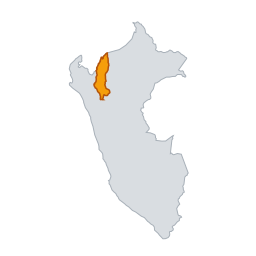 Amazonas highlighted on a map of Peru, rotated 6°
{"feature_id": "PER-584", "entity_name": "Amazonas", "entity_type": "Department", "adm_level": 1, "iso_a3": "PER", "parent_name": "Peru", "parent_adm1": "", "projection": "robinson", "projection_center": [-78.131, -4.99], "detail": "fine", "context": "in_parent", "style": "filled", "palette": "amber", "viewbox_px": 256, "rotation_deg": 6, "n_neighbors": 0, "source": "natural_earth", "source_scale": "10m", "svg_char_len": 6373}
<svg xmlns="http://www.w3.org/2000/svg" viewBox="0 0 256 256"><g transform="rotate(6 128 128)"><path d="M180.1,70.3L180.0,71.1L179.2,71.5L178.4,70.9L177.3,71.1L175.6,69.3L171.5,69.6L169.7,71.7L167.0,72.1L164.1,73.0L160.8,73.4L155.6,76.7L154.4,78.1L152.0,80.0L150.1,80.6L149.1,86.6L147.2,90.1L146.5,92.0L147.5,94.9L147.5,96.3L146.4,97.4L145.5,97.5L143.7,98.8L141.1,101.4L140.6,103.4L141.5,106.1L141.2,106.4L139.0,106.9L139.0,108.4L138.6,108.9L140.4,111.1L141.5,111.6L141.5,112.1L141.3,112.7L140.9,112.9L140.9,113.4L142.2,115.0L143.2,118.1L145.1,119.7L145.2,120.7L145.7,121.7L146.7,122.5L149.1,125.7L149.1,127.1L146.6,130.5L150.7,130.5L155.1,131.7L155.7,132.2L156.3,133.8L156.3,134.8L157.2,135.6L157.1,137.4L163.0,137.5L166.8,137.0L173.0,131.3L173.9,130.8L173.4,132.1L173.3,133.0L173.7,133.9L172.9,135.3L172.8,149.1L173.9,148.4L175.3,149.7L176.4,149.8L179.8,148.2L183.7,148.5L192.6,166.5L191.8,167.7L191.9,168.6L190.7,169.4L189.6,170.9L189.5,178.1L188.5,180.2L189.1,181.4L189.5,183.6L190.4,185.0L190.6,185.9L190.5,186.2L189.2,187.0L189.1,188.3L186.8,190.9L186.4,192.6L185.5,193.2L185.4,195.1L187.4,198.3L186.0,200.2L184.8,203.0L186.8,208.9L187.6,209.8L188.5,209.7L189.9,210.2L190.6,211.1L188.9,212.2L188.6,212.7L188.7,214.7L186.9,216.1L184.4,219.8L183.8,220.0L182.5,221.1L182.3,221.7L182.5,222.2L183.5,223.3L183.6,224.7L181.8,226.4L180.6,226.5L180.1,227.0L180.6,229.3L180.6,230.3L180.2,231.5L179.3,232.8L176.7,234.2L174.3,234.5L170.3,231.1L169.1,229.7L165.1,226.8L164.5,223.7L163.2,222.2L160.7,221.1L158.8,219.6L157.3,218.8L153.7,215.4L150.4,214.3L144.3,210.7L141.0,209.5L136.7,206.2L134.5,205.2L132.6,203.7L127.0,200.3L126.2,199.3L125.3,197.6L124.1,196.6L122.7,194.4L120.6,193.0L118.6,191.3L116.2,186.6L115.0,185.5L114.9,183.3L114.1,182.3L115.3,181.6L116.1,178.3L115.7,176.6L112.9,172.1L112.3,170.2L110.3,166.8L109.5,164.7L107.9,163.2L107.2,161.9L106.3,161.3L106.2,159.8L105.6,156.7L104.7,155.2L101.4,152.4L101.0,149.3L100.3,147.1L95.7,138.4L93.0,130.1L90.8,125.4L89.9,122.7L89.8,121.3L88.1,118.8L87.2,116.6L83.5,112.2L81.3,107.4L81.0,105.9L79.6,103.3L77.2,99.8L76.0,98.4L68.8,94.1L65.4,91.5L65.0,90.2L65.2,89.4L65.9,88.7L66.9,89.2L67.6,89.0L68.0,88.0L68.1,86.6L67.4,84.7L65.1,81.2L65.7,79.5L63.4,75.4L63.9,71.3L64.4,70.3L67.9,66.2L68.9,64.5L70.4,63.4L71.9,61.7L73.7,60.5L74.3,60.9L74.8,63.1L74.7,64.5L75.2,66.2L74.0,67.6L72.6,67.3L72.1,67.7L71.8,68.4L72.1,69.5L72.4,70.0L73.5,70.0L72.1,72.2L72.2,72.6L73.2,73.0L74.1,72.4L75.1,71.2L75.7,71.0L79.2,73.1L80.8,72.9L82.1,73.9L82.2,75.4L84.0,78.4L86.6,79.1L87.0,78.9L87.6,77.7L88.2,77.6L88.3,75.9L90.6,74.1L90.9,72.9L90.6,72.0L90.6,71.4L92.0,67.4L92.4,67.0L92.8,65.8L93.3,65.0L94.1,60.6L94.7,60.6L95.3,61.6L96.0,61.4L95.6,60.4L95.7,60.0L98.2,56.5L99.0,55.7L111.2,50.9L117.2,45.9L122.6,38.9L124.2,31.8L124.9,32.3L125.9,32.1L125.5,29.3L125.8,27.9L125.7,27.5L124.1,25.8L123.4,23.9L121.9,22.9L122.0,22.5L123.6,22.9L124.9,22.7L126.1,21.5L127.0,21.6L129.0,23.2L130.5,23.4L131.0,24.5L132.4,25.4L134.4,27.8L135.3,30.5L135.3,30.9L136.2,32.3L138.2,33.0L140.1,35.0L142.2,35.6L143.1,37.3L143.6,37.9L143.9,38.9L143.6,40.1L143.9,40.7L145.4,41.8L146.7,41.8L146.9,42.3L147.7,45.3L147.2,46.7L147.4,47.6L149.1,48.3L149.6,48.9L150.9,49.0L152.8,48.4L155.2,49.3L157.0,49.0L157.8,48.7L158.7,48.1L159.4,48.1L161.3,46.2L161.8,46.1L163.8,46.9L165.4,48.2L167.5,48.0L168.3,47.2L169.8,46.7L172.5,48.3L173.1,49.0L173.9,49.2L176.7,50.7L177.3,51.4L178.8,52.0L179.1,52.5L179.0,53.0L172.2,65.0L174.3,66.0L176.3,65.4L177.3,66.2L178.0,68.2L179.6,69.5L180.1,70.3Z" fill="#d9dde1" stroke="#a8b0b8" stroke-width="1"/><path d="M95.3,61.8L95.6,61.6L95.8,61.6L96.0,61.3L96.0,60.9L95.9,60.8L95.7,60.6L95.6,60.4L95.6,60.2L96.1,59.7L96.5,58.8L96.7,58.6L97.2,58.2L98.2,56.6L99.0,55.8L99.2,55.7L99.6,55.6L99.7,56.8L100.0,57.7L100.0,58.0L100.0,58.9L100.1,59.1L100.1,59.3L100.6,60.3L100.9,61.1L101.0,61.5L101.1,62.6L101.3,63.3L101.4,63.5L101.3,63.9L101.3,64.3L101.3,64.6L101.4,64.8L101.4,65.0L101.5,65.1L101.9,65.8L102.0,66.0L102.1,66.3L102.2,67.2L102.3,67.5L102.4,67.8L102.4,68.0L102.2,68.3L102.1,68.7L102.0,70.8L102.1,71.5L102.0,72.3L101.9,72.7L101.9,72.9L101.6,73.4L101.3,74.2L101.1,74.7L101.0,74.8L100.8,74.9L100.6,75.2L100.4,75.4L100.3,75.8L100.0,76.5L99.9,76.9L99.9,77.5L99.9,77.8L99.9,78.0L100.0,78.2L100.1,78.5L100.2,79.1L100.4,80.8L100.6,81.9L101.3,83.7L100.9,84.1L100.6,84.5L100.5,84.9L100.5,85.1L100.7,86.2L100.7,86.4L100.7,86.6L100.6,86.8L100.4,87.1L100.5,87.6L101.5,89.7L101.8,90.4L102.0,90.8L102.2,91.0L102.5,91.1L102.9,91.3L104.2,91.7L104.7,91.9L105.1,92.1L105.3,92.3L105.5,92.5L105.7,93.0L105.9,93.3L105.9,93.5L106.2,94.4L106.2,94.8L105.9,95.2L105.0,96.0L104.8,96.3L104.7,96.5L104.5,97.0L104.3,97.5L104.2,97.7L104.0,97.8L103.3,98.0L103.1,98.0L102.8,98.0L102.6,98.0L102.1,98.0L101.9,98.0L101.7,98.0L101.6,97.9L101.3,97.7L101.0,97.5L100.8,97.5L100.5,97.7L100.4,97.8L100.4,98.0L100.3,98.4L100.3,99.1L100.2,100.2L99.9,101.2L99.9,101.6L99.9,101.8L99.9,102.0L100.0,102.2L100.1,102.3L100.3,102.4L99.7,102.5L99.4,102.5L99.1,102.4L98.9,102.3L98.7,102.3L98.3,102.5L97.9,102.6L97.7,102.6L97.5,102.4L97.5,102.1L97.4,101.8L97.4,101.5L97.5,101.3L97.5,101.0L97.5,100.9L97.3,100.8L97.3,100.7L97.5,100.5L97.5,99.9L97.4,99.7L96.8,98.4L96.4,97.1L96.3,96.9L96.0,96.7L95.9,96.3L95.8,96.2L95.7,96.1L95.2,95.9L94.9,95.6L94.3,95.2L94.0,94.9L93.6,93.9L93.2,93.3L93.1,92.8L93.0,92.6L92.7,92.4L92.3,92.1L92.0,91.8L91.9,91.7L91.7,91.7L91.3,91.6L91.2,91.5L91.2,91.4L91.2,91.2L90.4,90.3L90.3,90.2L90.1,89.7L90.0,89.4L89.8,89.1L89.7,88.9L89.7,88.6L89.7,88.4L89.7,88.2L89.8,88.1L90.0,87.9L90.2,87.7L90.0,87.4L89.9,87.4L90.0,87.2L90.4,86.6L90.5,86.6L91.0,85.7L91.3,85.4L91.3,85.2L91.4,84.9L91.3,84.6L91.4,83.5L91.2,82.3L91.2,81.9L91.0,81.3L91.0,81.1L90.9,80.9L91.0,80.7L91.0,80.4L91.3,79.6L91.5,79.3L91.6,79.2L91.7,78.8L91.7,78.6L91.6,78.0L91.6,77.8L91.4,77.5L91.2,77.2L91.1,76.7L90.9,75.6L90.5,74.8L90.3,74.4L90.6,74.2L90.7,73.8L90.7,73.5L90.7,73.3L90.9,73.0L91.0,72.8L91.1,72.6L90.8,72.5L90.7,72.3L90.6,71.8L90.6,71.4L90.7,71.1L90.9,71.0L91.0,70.7L91.1,70.2L91.7,68.7L91.8,68.2L91.8,67.5L91.8,67.3L91.9,67.2L92.1,67.2L92.3,67.1L92.5,67.0L92.5,66.9L92.6,66.1L92.7,65.8L92.8,65.6L93.0,65.5L93.1,65.4L93.3,65.1L93.4,64.9L93.2,64.2L93.3,63.9L93.5,63.9L93.5,63.7L93.5,63.1L93.5,62.9L93.6,62.6L93.7,62.2L93.8,62.1L93.9,61.6L94.0,61.1L93.9,60.8L93.9,60.7L94.0,60.5L94.2,60.4L94.4,60.5L94.8,60.6L95.0,60.7L95.1,60.9L95.2,61.6L95.3,61.8Z" fill="#f59e0b" stroke="#b45309" stroke-width="1.5"/></g></svg>